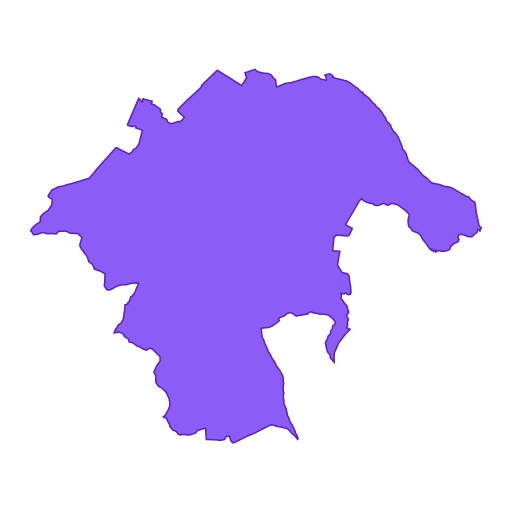 Babadag, Tulcea, Romania
{"feature_id": "2599482B29104749782755", "entity_name": "Babadag", "entity_type": "district", "adm_level": 2, "iso_a3": "ROU", "parent_name": "Romania", "parent_adm1": "Tulcea", "projection": "natural_earth1", "projection_center": [28.737, 44.879], "detail": "fine", "context": "isolated", "style": "filled", "palette": "violet", "viewbox_px": 512, "rotation_deg": 0, "n_neighbors": 0, "source": "geoboundaries", "source_scale": "gbopen_adm2", "svg_char_len": 6022}
<svg xmlns="http://www.w3.org/2000/svg" viewBox="0 0 512 512"><path d="M297.6,439.4L298.1,438.4L297.1,435.7L295.4,432.8L295.1,431.0L293.0,426.6L290.0,421.5L289.0,418.8L288.9,417.7L288.3,417.2L287.5,415.2L286.0,408.3L283.9,403.8L284.0,401.2L283.3,396.8L283.8,392.7L283.2,390.5L283.4,385.0L283.8,383.5L283.2,381.6L283.4,380.3L283.0,376.3L279.6,370.1L276.6,366.1L274.4,361.4L272.7,359.4L269.9,353.8L268.3,351.5L266.5,346.8L264.6,343.2L263.8,340.1L262.1,337.2L261.2,328.2L268.6,327.5L272.4,326.0L279.0,321.1L279.4,320.4L278.5,319.1L278.8,318.4L280.6,317.2L284.0,316.1L286.9,313.7L289.3,312.8L290.8,312.8L292.3,313.3L296.2,316.1L300.5,315.2L301.8,315.2L303.7,314.6L307.5,314.2L309.7,312.2L311.2,311.8L313.5,312.9L317.5,313.5L319.5,314.2L324.5,314.2L328.2,315.1L330.5,316.7L335.0,321.1L335.1,323.4L334.7,324.4L332.8,325.8L332.2,329.1L330.8,330.8L330.7,333.2L328.0,336.3L327.7,338.1L325.4,342.4L326.5,348.5L327.5,351.8L328.0,352.7L329.3,353.9L330.0,355.1L330.3,356.5L330.1,357.5L334.2,362.3L334.1,355.8L334.5,352.6L338.5,343.2L346.0,333.4L348.9,330.7L350.0,329.2L346.6,327.7L347.1,325.7L347.6,325.7L347.4,321.6L347.8,320.6L348.2,320.6L348.4,318.8L346.7,316.7L346.7,314.9L347.3,314.8L347.9,312.9L348.7,312.7L348.4,310.9L348.0,311.0L347.2,306.6L345.8,304.5L344.0,302.7L343.3,301.1L340.9,298.4L341.6,294.9L341.0,293.5L342.9,293.5L343.9,294.0L345.3,293.0L347.5,294.4L348.7,294.7L350.4,294.2L351.0,292.7L350.5,285.1L350.1,284.4L349.0,276.0L348.0,274.1L347.3,273.7L342.3,272.6L339.7,268.8L337.5,264.7L339.8,251.2L332.8,250.9L333.0,250.5L332.8,249.8L332.9,248.3L333.8,239.1L333.5,237.8L336.7,235.1L347.7,236.0L349.2,235.2L352.2,228.8L352.2,228.3L346.0,225.0L345.8,224.6L345.9,224.0L359.5,200.7L361.5,198.9L363.2,200.3L366.7,202.3L372.8,203.8L374.5,205.1L376.8,205.6L378.7,205.3L383.3,203.4L385.0,203.9L387.0,205.2L388.5,205.1L390.9,203.7L392.3,203.5L394.0,203.7L395.5,204.3L396.5,204.2L398.5,205.4L405.9,210.9L409.0,214.1L409.1,215.9L408.1,219.0L408.4,220.2L408.0,220.8L408.4,225.1L409.0,226.8L410.9,228.4L412.2,230.7L418.1,233.2L419.8,234.6L420.9,235.9L422.9,239.7L425.7,243.0L429.4,248.5L430.7,249.5L431.6,249.1L431.2,250.8L431.8,250.1L433.5,250.4L433.3,251.6L433.7,252.3L433.5,251.6L434.1,250.7L435.9,250.2L436.1,250.5L435.6,251.8L435.9,252.2L437.5,250.7L443.2,251.4L446.7,250.8L449.4,249.6L449.8,249.3L450.3,247.4L452.1,245.0L454.6,243.3L457.3,242.2L458.2,241.4L459.0,239.6L458.3,238.2L458.2,236.0L458.9,235.0L462.0,234.3L468.4,236.7L471.7,236.8L473.1,235.8L474.5,234.0L475.8,233.4L477.1,232.1L477.5,231.3L477.7,229.3L479.9,230.1L479.8,230.9L480.2,230.9L480.3,229.9L481.3,227.9L479.2,226.0L476.6,214.1L474.9,202.3L471.1,199.9L468.7,196.9L465.8,196.2L463.4,194.4L461.3,193.5L452.5,188.2L449.0,186.9L445.2,186.5L438.5,184.2L435.3,183.8L431.3,182.6L426.5,177.9L422.7,175.2L417.4,169.0L409.3,162.3L407.8,159.4L406.2,153.8L404.4,150.9L402.5,149.0L402.2,148.1L401.8,145.5L398.1,136.9L394.7,132.2L393.0,131.2L392.4,129.4L391.3,127.7L390.8,125.5L389.2,123.5L388.1,122.9L388.0,122.1L386.5,121.2L385.8,118.6L382.0,112.6L379.2,108.8L376.1,106.5L375.0,104.5L372.4,102.4L368.8,98.0L362.6,93.4L362.5,92.9L362.9,92.5L361.3,92.0L360.6,91.1L359.5,90.5L357.6,88.2L356.2,87.5L349.5,82.4L347.8,81.7L346.5,80.8L343.7,80.4L342.9,80.0L334.7,78.1L333.9,77.5L332.8,77.3L333.2,76.5L332.8,75.9L330.4,74.0L329.5,73.8L324.9,75.0L326.5,78.7L326.3,80.2L320.8,79.2L317.8,76.8L313.8,76.4L308.3,77.5L291.3,82.6L284.8,83.5L277.2,86.9L276.7,86.7L276.3,85.8L275.6,79.9L273.4,78.0L271.5,75.2L268.2,73.5L263.8,73.2L258.6,72.0L255.9,70.4L255.1,69.3L245.0,72.8L246.6,78.1L244.4,80.8L244.6,81.8L243.5,82.7L241.5,85.4L217.4,70.3L216.9,70.6L201.7,85.2L201.5,85.7L201.7,86.3L199.9,88.5L186.5,100.8L178.1,109.3L177.8,111.1L184.3,117.3L181.8,120.4L179.3,121.9L178.5,121.4L171.4,123.7L169.4,123.1L167.7,122.1L166.6,119.2L161.6,117.3L162.4,113.7L160.3,112.0L160.5,111.3L160.5,109.3L154.3,104.9L151.4,103.8L152.2,101.3L143.0,98.8L142.2,101.8L141.9,101.7L138.9,98.3L138.1,99.7L127.4,124.7L127.9,125.4L131.1,126.5L132.5,126.5L133.0,125.8L135.8,126.3L136.1,126.5L135.7,127.9L142.4,130.2L138.8,144.3L135.9,148.2L133.3,149.7L132.2,151.8L130.8,152.7L129.4,154.2L116.1,147.5L97.6,168.2L89.3,178.2L70.5,183.9L67.1,184.6L63.4,186.0L58.1,186.8L55.1,188.6L52.3,189.6L48.3,195.3L48.2,196.7L51.6,198.9L52.3,200.8L51.9,202.7L51.9,203.8L51.4,205.4L48.1,210.4L43.6,213.4L40.6,216.6L40.2,217.3L40.5,218.1L40.2,219.3L40.4,220.4L39.7,222.1L38.1,223.4L37.2,223.6L34.6,225.8L31.3,229.2L31.3,229.8L30.7,230.8L32.1,232.3L33.5,234.8L37.3,234.3L42.8,232.5L47.4,233.8L51.7,233.5L56.1,234.0L58.7,231.3L64.8,231.1L66.7,231.4L70.3,233.3L76.6,233.5L78.2,234.0L81.9,237.5L80.0,244.0L79.9,246.1L82.1,250.1L83.8,252.0L84.3,253.1L85.9,254.7L87.3,256.8L88.8,261.7L92.2,264.3L93.5,266.2L94.3,269.1L100.4,271.2L105.0,273.8L104.7,282.7L104.2,285.5L105.4,287.8L107.1,289.8L108.0,290.1L110.6,289.7L116.8,286.2L121.6,284.9L127.1,284.6L131.1,283.3L134.0,283.0L138.5,283.3L138.3,284.4L136.4,288.4L134.8,292.6L132.5,295.7L130.7,296.9L129.5,301.2L127.8,302.5L128.0,303.8L124.9,304.9L125.0,307.1L123.2,319.3L121.1,322.9L118.0,325.2L118.0,325.8L115.2,329.9L114.1,332.9L119.3,332.1L122.3,333.3L124.5,335.8L124.3,336.4L128.5,339.1L129.3,342.1L132.6,342.7L136.9,345.9L139.9,347.0L143.3,349.2L144.4,349.2L145.7,350.2L146.5,350.2L147.7,349.2L150.2,348.3L152.4,349.0L160.0,356.7L160.2,360.9L156.4,366.2L153.9,372.2L155.8,375.9L155.7,381.1L156.1,382.8L158.5,386.4L161.1,387.6L163.2,389.3L166.3,392.5L169.2,398.9L169.7,402.4L169.8,405.9L167.8,410.8L165.2,415.4L163.3,416.7L164.0,417.6L165.7,417.8L166.6,418.5L167.3,420.6L169.3,423.9L170.2,427.3L171.2,428.1L172.6,430.0L174.9,430.7L176.7,432.0L178.2,434.3L180.2,435.0L182.9,434.5L189.6,435.0L195.6,433.0L197.7,430.4L205.0,428.3L205.8,429.1L205.7,431.5L206.3,439.5L216.6,439.9L220.2,440.4L224.6,439.5L226.2,436.6L229.4,436.2L230.9,440.8L232.5,442.6L233.2,442.7L234.6,442.5L245.7,436.9L254.8,433.0L269.2,425.6L272.0,424.9L275.3,425.6L275.9,426.3L279.9,426.8L286.4,428.4L287.8,429.1L289.2,430.2L291.8,433.4L295.2,436.3L297.6,439.4Z" fill="#8b5cf6" stroke="#5b21b6" stroke-width="1.5"/></svg>